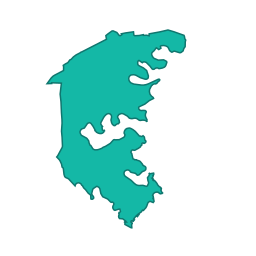 Canada Bay, New South Wales, Australia, rotated 77°
{"feature_id": "25037944B91720609998953", "entity_name": "Canada Bay", "entity_type": "district", "adm_level": 2, "iso_a3": "AUS", "parent_name": "Australia", "parent_adm1": "New South Wales", "projection": "equal_earth", "projection_center": [151.126, -33.849], "detail": "fine", "context": "isolated", "style": "filled", "palette": "teal", "viewbox_px": 256, "rotation_deg": 77, "n_neighbors": 0, "source": "geoboundaries", "source_scale": "gbopen_adm2", "svg_char_len": 5922}
<svg xmlns="http://www.w3.org/2000/svg" viewBox="0 0 256 256"><g transform="rotate(77 128 128)"><path d="M122.1,194.3L130.8,195.9L132.0,196.4L139.2,202.7L140.2,204.0L143.6,202.0L145.2,201.5L148.1,200.9L151.3,201.0L152.6,200.1L158.8,200.8L161.1,200.6L162.1,200.0L164.1,197.4L172.5,192.6L171.0,191.7L170.2,190.0L170.3,188.2L171.6,186.5L173.2,186.0L174.1,185.3L176.3,184.7L178.6,183.2L182.8,181.3L184.5,179.7L185.8,179.6L188.7,180.1L189.1,179.9L189.4,178.4L188.5,177.1L186.9,177.1L185.3,178.0L183.7,178.1L179.7,176.1L178.7,174.2L177.8,171.5L178.0,171.1L179.4,169.6L181.0,169.1L185.8,169.2L189.3,168.1L192.6,163.8L196.2,161.6L196.7,160.9L196.7,159.7L198.0,158.8L199.2,159.0L200.8,160.3L201.9,160.7L203.2,160.7L204.8,160.0L205.3,159.2L205.0,155.3L205.2,154.2L207.6,154.1L208.6,155.4L208.4,155.8L209.0,156.1L209.1,155.9L210.3,156.2L211.8,157.0L212.9,157.1L214.3,156.7L215.1,154.4L215.1,153.8L216.0,153.0L217.9,151.4L218.0,151.6L219.3,150.7L219.2,152.2L218.3,153.0L219.3,152.2L221.3,152.7L226.0,147.3L226.1,146.7L222.8,146.2L222.2,145.4L221.5,145.3L220.3,146.3L219.3,145.8L219.2,145.1L219.9,144.3L219.7,144.1L220.0,143.8L218.9,142.4L218.3,143.0L217.9,142.6L217.9,142.8L217.6,142.6L215.5,139.8L216.4,138.9L215.6,138.4L215.0,138.9L214.8,138.5L215.3,137.9L214.9,137.9L214.6,138.1L214.2,137.4L214.8,136.8L214.6,136.6L214.0,137.0L212.7,133.8L211.3,132.4L211.3,132.1L211.8,131.5L209.7,128.5L208.3,127.3L205.5,125.5L205.0,124.9L204.4,123.4L204.6,122.7L206.3,120.2L205.6,119.4L205.3,119.1L202.5,119.0L202.5,119.5L202.1,119.5L202.1,118.9L200.1,118.8L199.4,119.2L199.1,118.8L198.4,118.7L197.5,117.6L196.9,116.4L196.9,114.4L197.3,113.3L199.4,111.4L199.5,109.6L199.1,108.9L198.1,109.5L196.5,109.9L196.1,109.9L195.7,109.5L194.7,109.6L194.5,109.1L194.2,109.1L193.0,109.7L192.2,110.7L190.3,111.8L188.4,112.3L186.0,113.4L184.8,114.4L185.0,114.8L184.4,115.5L183.6,115.4L183.5,114.9L183.2,115.0L183.2,115.4L182.5,115.8L182.6,115.3L181.7,115.2L180.2,114.1L179.9,114.4L178.8,113.2L177.7,113.2L177.5,117.0L177.0,117.4L177.4,117.8L177.9,117.5L178.7,117.8L180.8,120.2L183.8,120.4L185.6,120.2L186.6,120.5L188.7,122.1L189.0,123.2L187.2,126.4L186.5,130.2L186.0,131.5L185.1,132.9L183.0,134.6L179.7,136.7L174.4,141.6L172.9,142.2L171.1,142.1L169.8,141.4L169.0,140.3L168.7,138.7L168.9,137.4L169.4,136.6L170.4,135.8L171.4,135.5L172.0,134.7L173.9,130.9L175.9,129.7L176.2,129.2L176.1,127.7L173.7,123.8L173.4,121.5L172.6,120.1L171.0,119.5L170.0,119.6L169.2,120.1L168.7,120.9L168.2,121.1L167.7,121.8L166.2,122.2L163.4,123.6L162.5,124.5L161.4,126.5L160.9,126.8L160.3,128.9L159.7,129.2L159.1,130.1L153.7,130.1L152.4,130.7L151.3,130.1L150.4,128.9L150.4,128.3L151.1,127.1L151.2,126.3L150.2,122.6L149.2,120.1L148.3,119.5L147.7,118.3L146.3,118.0L146.0,117.6L145.9,116.7L146.5,116.1L146.6,115.7L146.2,114.3L145.4,113.6L144.4,113.6L143.5,114.3L140.5,114.1L138.9,115.1L139.3,116.0L139.3,116.8L138.7,117.7L138.4,118.7L132.9,121.7L130.5,123.7L128.8,125.7L128.3,126.8L128.2,129.1L128.8,130.8L130.3,132.2L131.9,132.9L132.7,132.9L133.5,132.5L134.5,132.7L135.7,133.5L136.2,134.5L137.4,139.0L136.7,142.9L136.3,143.8L136.3,144.8L139.0,148.7L140.8,154.1L141.2,156.6L141.9,158.2L142.3,161.1L142.3,162.9L141.9,165.0L141.4,165.9L140.4,166.9L136.6,168.2L136.1,168.9L133.4,169.3L131.7,169.2L129.3,170.2L128.5,170.7L124.7,175.0L123.8,175.4L121.8,175.8L120.7,175.6L118.9,174.1L118.5,173.1L118.2,170.5L114.6,166.6L114.2,165.5L114.2,164.2L115.1,163.1L118.4,161.7L122.6,160.5L123.1,160.8L123.3,160.4L125.0,159.7L126.2,158.3L127.0,156.9L127.4,155.4L127.3,154.2L126.7,152.7L125.8,152.2L125.5,151.5L124.8,151.7L124.9,152.7L124.2,153.4L121.1,153.1L120.9,152.5L118.2,153.6L116.8,153.3L112.5,149.6L111.2,148.2L109.9,146.1L109.6,145.1L109.5,144.0L110.1,142.5L111.8,141.4L113.6,141.5L116.4,142.8L119.2,142.8L121.1,142.3L122.6,141.0L122.7,140.0L122.1,139.1L121.5,137.2L121.7,136.4L120.6,135.0L118.2,134.9L115.6,135.7L114.3,135.5L112.8,133.8L112.4,131.3L113.0,129.5L114.9,127.4L116.3,125.9L118.7,124.5L119.5,123.0L119.8,122.0L119.9,119.5L120.3,118.1L121.0,117.1L123.0,115.3L123.4,114.3L123.6,112.0L124.0,110.6L124.8,108.9L125.7,108.6L125.7,108.1L125.1,108.2L124.8,107.8L124.3,107.6L121.3,108.3L119.8,108.3L118.2,107.8L116.5,106.6L115.8,106.6L114.8,107.4L114.2,109.4L114.0,111.1L113.3,112.4L111.9,113.2L110.4,113.0L109.8,112.3L108.5,106.2L106.1,101.1L104.9,96.4L103.9,96.6L102.2,98.0L99.9,99.0L97.4,99.0L95.3,98.3L92.1,95.6L91.8,94.8L91.3,94.5L90.9,92.1L91.3,91.1L91.0,89.9L89.9,88.6L88.9,86.6L88.1,86.2L87.5,86.5L87.3,87.5L89.5,97.9L89.8,100.5L89.7,103.1L89.2,105.2L86.5,112.5L84.7,115.0L83.2,115.9L81.9,116.3L80.0,116.2L78.5,115.5L77.7,114.6L77.1,113.4L77.1,112.4L77.4,110.3L78.3,108.5L81.8,104.6L84.1,100.7L84.5,99.7L84.6,98.8L84.3,97.9L83.8,97.1L81.9,96.4L76.2,96.9L72.9,99.5L69.9,103.1L68.4,104.2L65.8,103.7L65.0,103.0L64.6,102.1L67.6,99.4L67.2,98.6L67.1,97.6L67.6,96.4L68.3,95.4L72.6,92.7L75.9,91.2L76.5,90.5L76.6,89.3L76.0,88.0L75.9,86.9L76.1,85.7L77.0,84.7L77.2,84.1L77.3,80.9L76.9,78.8L76.3,77.8L75.6,77.1L72.8,75.4L71.8,75.4L69.6,77.9L68.7,83.2L66.1,86.8L65.1,87.6L62.6,88.4L61.1,88.3L59.9,87.6L58.5,85.1L56.3,82.5L56.3,82.2L58.5,80.4L57.7,78.0L55.7,78.1L55.4,77.7L55.3,77.2L55.6,74.8L56.4,72.9L57.6,71.4L58.5,70.8L62.0,70.0L63.8,68.6L64.0,67.9L63.5,66.0L63.6,65.4L66.3,60.7L66.4,60.0L66.3,59.2L65.3,57.0L63.1,55.7L62.0,54.4L61.5,54.0L56.9,52.8L55.4,52.0L54.7,52.1L53.9,52.6L51.8,52.4L50.3,52.6L44.5,61.7L41.5,67.0L41.5,75.5L41.0,86.2L42.9,86.7L41.8,89.0L41.2,92.1L40.5,92.1L40.4,96.2L39.6,100.7L38.8,101.4L35.5,101.0L34.8,109.2L34.7,113.3L35.7,113.0L36.3,114.6L35.9,115.7L32.4,117.4L30.0,120.7L29.9,121.9L31.9,126.6L33.0,128.8L36.7,129.0L43.4,155.7L43.6,157.1L44.0,157.8L45.1,162.1L46.5,165.3L48.3,167.9L48.6,169.4L50.8,171.9L51.4,174.3L52.4,177.0L54.0,177.0L57.5,177.9L60.0,187.5L60.7,189.5L62.0,191.6L66.6,196.9L67.5,192.3L66.8,192.1L69.3,182.8L79.7,186.5L87.3,187.4L98.1,189.4L104.7,190.4L108.6,191.2L116.1,193.5L122.1,194.3Z" fill="#14b8a6" stroke="#0f766e" stroke-width="1.5"/></g></svg>